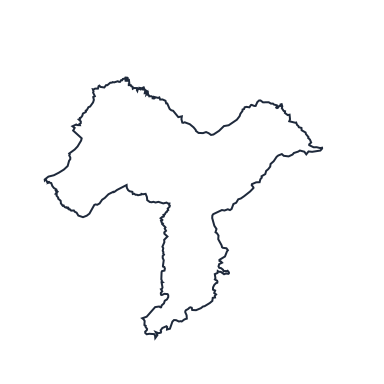 Wang Thong, Phitsanulok, Thailand, rotated 73°
{"feature_id": "78962969B63856806538884", "entity_name": "Wang Thong", "entity_type": "district", "adm_level": 2, "iso_a3": "THA", "parent_name": "Thailand", "parent_adm1": "Phitsanulok", "projection": "robinson", "projection_center": [100.584, 16.85], "detail": "fine", "context": "isolated", "style": "outline", "palette": "slate", "viewbox_px": 384, "rotation_deg": 73, "n_neighbors": 0, "source": "geoboundaries", "source_scale": "gbopen_adm2", "svg_char_len": 5994}
<svg xmlns="http://www.w3.org/2000/svg" viewBox="0 0 384 384"><g transform="rotate(73 192 192)"><path d="M137.0,329.2L137.6,329.3L137.2,328.7L137.7,328.0L140.0,327.7L140.4,326.3L141.2,327.0L141.2,325.7L142.3,324.0L145.5,323.8L147.8,322.9L149.8,321.1L150.4,321.6L150.7,321.3L150.8,321.7L151.7,321.2L151.6,321.6L151.8,321.7L152.5,320.7L153.9,322.9L154.5,322.0L155.9,322.6L158.2,321.6L159.3,321.9L161.9,320.2L163.2,320.4L163.3,321.0L163.4,320.5L164.5,320.7L167.0,319.8L167.2,319.0L167.7,319.2L167.9,318.6L169.3,318.0L170.2,316.9L170.0,316.3L170.5,316.1L170.7,315.0L171.7,314.7L171.9,315.2L172.9,314.5L173.0,313.7L174.5,313.0L175.1,310.4L176.6,309.9L178.0,308.4L181.3,307.6L184.2,303.6L183.9,299.6L182.7,296.4L175.8,289.2L175.7,287.9L176.5,286.3L175.9,283.7L173.1,280.2L172.2,277.2L169.7,272.5L168.8,267.3L169.2,267.2L169.2,266.2L168.1,263.1L166.2,252.5L168.7,253.1L171.4,252.6L173.0,251.5L174.4,249.0L176.6,249.2L176.7,247.9L178.1,246.8L178.5,245.5L179.3,244.6L179.6,241.4L179.0,240.9L179.8,239.7L180.2,236.9L183.6,236.6L186.7,237.2L189.2,235.3L190.0,233.6L190.1,231.8L191.4,229.9L191.6,227.0L194.5,222.8L194.7,219.4L195.9,218.5L196.4,217.0L197.7,217.7L198.6,217.2L199.5,217.7L200.8,220.1L202.3,220.0L202.7,221.1L203.6,221.7L203.8,222.9L205.3,224.4L205.6,226.0L206.6,225.7L207.3,226.4L207.1,227.7L207.9,229.7L210.1,228.5L210.5,229.0L210.4,230.0L212.7,229.9L213.6,229.1L214.1,229.8L218.1,227.7L219.0,228.8L221.5,228.2L222.5,230.3L223.8,230.6L227.4,228.5L229.6,232.6L231.9,233.1L235.7,236.3L237.3,235.9L239.7,237.2L241.0,236.9L242.5,237.5L243.7,237.1L244.6,238.7L246.5,239.3L249.0,239.0L254.4,241.5L254.9,241.5L255.6,240.4L257.3,240.3L259.1,241.3L258.9,243.8L259.7,244.5L266.6,246.9L267.8,246.7L268.9,247.3L269.8,246.4L270.0,247.6L274.6,248.1L275.8,249.0L275.9,250.1L278.3,249.5L279.3,251.2L280.3,251.6L281.3,251.6L281.7,251.0L281.3,248.2L282.5,245.2L283.7,244.9L285.5,245.4L287.4,247.3L288.0,249.8L290.3,251.4L291.6,254.2L293.2,255.2L293.1,255.9L291.9,256.9L291.3,260.9L298.0,271.8L298.2,276.5L299.6,275.5L301.5,275.0L305.3,276.4L306.4,275.4L307.2,275.9L309.9,275.0L310.9,275.6L311.9,277.6L313.2,277.9L314.8,276.9L315.1,274.3L316.8,269.8L318.4,269.3L320.9,269.8L318.8,267.0L315.3,267.7L317.2,265.4L317.4,263.0L316.7,262.4L315.1,262.4L313.4,260.1L312.9,255.7L313.8,255.2L316.2,256.1L316.3,253.1L310.2,248.6L309.2,246.7L309.9,244.7L312.0,242.4L312.2,240.7L312.8,239.7L311.6,236.4L311.6,234.0L308.3,233.2L305.1,233.6L304.1,233.3L303.3,232.5L302.7,229.8L301.9,228.3L301.8,227.3L302.6,226.1L304.9,226.3L306.2,222.7L305.7,217.5L304.7,214.9L304.9,213.4L303.4,207.5L302.1,204.4L299.3,203.1L299.6,200.8L298.0,200.6L297.0,198.9L295.1,200.3L293.0,198.7L291.5,200.5L289.3,199.7L287.3,197.8L286.1,195.5L286.2,194.4L285.3,193.9L284.2,193.9L282.3,195.7L281.3,194.8L277.2,194.2L276.9,191.3L275.1,190.5L276.1,189.7L276.8,187.8L280.0,185.4L279.9,183.4L280.9,181.1L280.6,180.5L279.7,180.2L277.7,181.0L277.8,182.6L277.2,183.4L277.1,185.0L275.5,185.0L273.3,186.5L272.5,188.1L270.9,188.4L268.9,187.1L268.4,183.9L267.0,184.6L265.9,185.9L264.9,185.6L263.3,179.3L259.0,175.9L258.2,174.7L255.9,175.5L254.4,178.8L253.6,179.4L251.6,179.3L244.8,180.7L241.4,179.4L238.7,180.2L237.4,181.3L234.5,179.4L230.8,180.5L222.8,180.3L220.4,179.4L219.4,178.2L218.0,168.7L219.2,166.3L219.0,162.8L220.4,161.0L219.8,159.1L215.6,155.9L215.2,152.9L212.5,149.9L212.5,147.3L211.3,143.5L208.5,136.3L206.2,132.1L205.6,131.9L202.9,132.9L202.0,132.4L201.5,127.8L202.4,124.5L199.8,122.9L198.7,121.1L197.3,120.9L196.3,116.7L193.5,114.9L192.5,112.5L190.6,109.8L188.2,108.7L186.4,104.8L183.1,100.8L182.3,98.8L182.0,95.0L184.2,93.7L186.2,89.2L185.6,84.9L184.5,83.2L184.4,78.6L183.9,76.7L186.3,72.8L189.4,71.7L187.3,68.7L188.7,65.4L189.9,57.1L188.5,54.9L187.7,54.7L187.4,56.7L185.6,59.7L184.8,62.6L181.5,66.2L180.7,66.0L179.5,63.6L176.3,63.9L174.3,65.1L173.5,64.6L169.9,66.1L168.3,66.0L165.0,69.1L162.7,68.6L161.3,70.9L160.0,71.0L158.6,71.9L156.0,72.1L156.0,72.9L152.8,78.3L151.1,77.0L146.6,76.1L146.4,78.0L143.5,80.1L142.0,79.4L141.3,80.6L138.1,81.6L136.5,80.6L134.2,80.6L134.2,81.7L135.6,82.1L135.2,83.4L136.6,85.3L136.6,86.2L135.9,86.8L134.6,85.5L133.9,85.5L132.4,88.0L131.1,88.8L130.5,90.7L128.6,92.4L127.0,97.9L124.5,99.7L124.1,101.1L125.1,103.2L128.3,106.0L127.9,107.3L126.1,109.5L126.1,110.3L127.8,112.3L126.5,115.1L126.4,116.9L127.9,118.0L127.9,119.5L129.3,120.1L131.3,122.8L133.4,124.3L136.0,128.0L138.9,137.4L138.3,142.2L141.4,148.2L143.3,154.7L143.0,157.1L140.6,158.9L138.8,161.0L138.9,164.3L137.4,168.5L134.7,170.4L133.7,170.3L130.6,171.6L126.5,174.3L123.2,178.6L123.3,180.1L122.8,181.0L119.2,180.8L116.7,179.6L116.4,183.2L108.8,186.3L107.8,187.9L106.0,189.1L100.1,189.8L99.7,190.8L97.0,190.7L94.9,193.1L94.3,195.4L92.0,195.6L92.1,196.9L89.7,200.9L90.1,201.2L91.3,200.3L91.5,201.0L90.9,202.2L90.0,201.7L88.6,202.8L88.0,204.9L87.2,204.8L86.6,205.6L84.3,205.2L85.3,207.0L83.6,206.1L84.0,206.9L83.7,208.3L81.9,207.3L82.1,205.9L80.4,207.2L79.6,209.0L79.2,208.8L78.9,207.5L77.8,207.6L78.1,209.7L77.4,211.1L78.7,210.8L78.9,211.1L78.0,212.0L77.9,213.3L78.1,214.0L79.3,214.7L78.4,214.9L76.7,213.8L75.6,217.1L75.9,218.4L73.9,218.1L73.1,219.2L71.9,219.3L71.3,221.2L70.4,220.9L70.5,220.3L66.6,219.6L66.8,221.3L66.2,223.0L65.2,222.8L65.5,220.6L64.4,220.1L63.8,220.4L63.1,222.2L63.9,222.9L63.7,225.1L64.7,226.1L64.3,227.0L65.6,228.5L65.4,229.5L64.4,230.6L64.4,234.4L63.7,235.8L64.0,236.6L63.6,238.2L65.1,241.7L64.7,242.9L66.4,245.3L64.8,248.7L63.2,249.5L63.5,250.4L65.6,251.7L64.8,254.5L65.2,256.1L64.8,256.8L67.1,256.8L68.0,257.5L72.0,256.9L72.3,258.7L75.2,258.9L77.4,260.4L80.5,264.5L80.6,266.2L82.9,268.6L83.1,269.8L84.2,269.9L84.5,270.4L85.1,273.4L87.0,274.6L88.3,276.3L88.4,277.5L89.4,277.7L89.5,279.1L92.0,277.7L93.7,278.3L94.1,279.8L95.3,279.7L94.4,282.3L93.6,283.0L94.2,287.1L96.4,285.5L98.5,287.7L108.4,281.8L110.4,283.0L115.0,288.1L117.1,291.8L119.3,298.2L120.2,297.9L121.1,298.7L123.4,298.3L125.0,298.8L126.2,300.4L130.8,303.3L133.1,308.0L134.6,313.7L135.6,319.2L135.3,324.8L137.0,329.2Z" fill="none" stroke="#1e293b" stroke-width="2"/></g></svg>